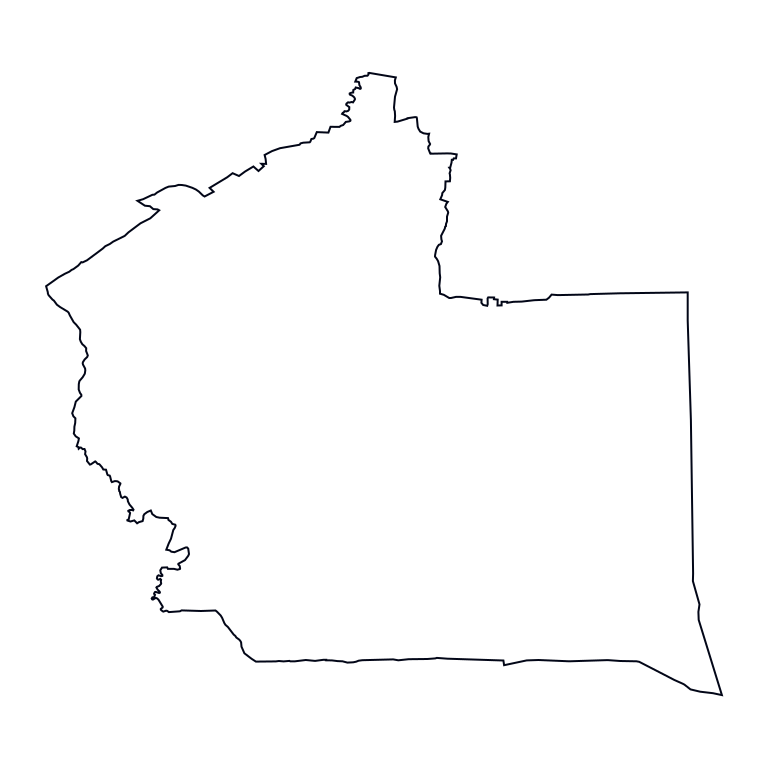 Orlesti, Vâlcea, Romania (Equal Earth projection)
{"feature_id": "2599482B88364464884635", "entity_name": "Orlesti", "entity_type": "district", "adm_level": 2, "iso_a3": "ROU", "parent_name": "Romania", "parent_adm1": "Vâlcea", "projection": "equal_earth", "projection_center": [24.217, 44.795], "detail": "fine", "context": "isolated", "style": "outline", "palette": "ink", "viewbox_px": 768, "rotation_deg": 0, "n_neighbors": 0, "source": "geoboundaries", "source_scale": "gbopen_adm2", "svg_char_len": 6014}
<svg xmlns="http://www.w3.org/2000/svg" viewBox="0 0 768 768"><path d="M721.9,695.1L698.7,619.9L698.4,611.9L699.5,604.4L692.9,581.1L693.1,573.5L690.9,420.2L687.7,320.5L687.7,292.4L619.5,293.3L590.3,294.1L588.2,294.5L557.9,295.1L551.6,294.6L549.0,297.7L546.4,299.7L534.2,300.2L521.7,301.6L513.5,301.8L507.3,302.8L507.2,301.8L501.6,301.8L501.6,305.4L497.5,305.5L497.7,299.6L493.9,299.2L494.1,297.5L488.2,297.4L487.6,298.4L487.7,304.2L487.2,305.8L483.2,305.0L481.4,302.8L481.6,299.7L460.7,296.9L455.9,296.9L451.0,298.0L449.2,298.0L443.8,294.8L440.0,293.7L440.0,291.0L439.3,285.8L440.2,277.3L439.7,273.3L439.5,266.0L438.1,261.2L436.8,258.9L435.0,256.6L435.1,255.1L436.1,249.9L437.5,246.7L438.9,244.8L440.9,244.1L442.0,241.3L441.4,239.4L441.1,235.8L444.8,228.6L445.2,226.6L445.9,226.2L446.0,224.0L447.0,221.3L447.0,216.6L448.2,212.7L447.9,211.4L445.2,207.0L446.4,203.7L447.8,201.9L440.3,199.3L442.1,195.1L442.3,193.1L444.9,190.0L445.3,187.6L445.5,181.4L449.9,181.3L450.2,177.9L449.9,174.4L449.6,173.3L450.6,170.3L450.3,169.2L449.3,167.7L450.2,167.6L451.5,162.7L451.8,159.8L453.0,159.9L453.7,158.4L456.0,158.4L456.7,154.4L451.0,153.5L447.3,153.4L430.6,153.7L430.5,153.2L430.1,153.2L428.2,148.4L428.4,146.5L429.9,144.6L430.1,144.0L428.6,141.1L428.3,137.0L429.1,133.7L427.5,133.9L423.5,133.3L420.2,131.6L418.5,128.8L417.7,126.6L416.9,118.2L416.6,117.3L415.2,117.1L407.5,118.2L407.5,118.6L397.6,121.6L394.7,121.9L395.1,115.9L394.8,111.2L394.3,109.8L394.0,107.5L395.0,96.7L397.1,89.2L396.6,86.8L395.0,83.4L394.9,80.3L395.8,77.4L369.2,72.9L368.4,73.1L368.5,74.5L367.5,75.7L364.6,75.8L362.3,76.8L360.1,77.0L356.7,78.1L355.3,81.6L357.8,81.7L359.0,82.2L359.4,85.1L360.7,87.3L360.8,88.4L360.5,88.8L359.8,88.8L358.5,88.1L355.7,87.5L355.2,88.9L353.3,90.0L353.2,92.5L351.4,92.7L349.7,93.4L349.6,93.9L349.9,94.6L352.4,95.7L354.2,97.3L354.9,98.6L354.9,99.5L353.0,102.4L351.7,102.0L349.3,102.6L348.1,102.3L346.7,103.4L346.2,104.2L346.3,104.9L349.3,107.1L349.2,109.5L348.2,110.8L346.6,111.4L344.5,111.2L343.9,112.2L342.7,112.9L342.1,113.9L346.6,115.9L348.0,116.9L350.3,119.7L350.5,120.2L350.3,120.9L349.2,121.4L345.8,121.9L343.2,125.0L340.6,125.9L339.5,126.9L330.5,126.8L328.4,132.6L316.8,132.1L314.3,138.0L313.5,138.6L311.4,139.0L310.3,141.7L309.7,142.3L303.2,142.7L300.5,143.4L299.8,144.5L299.3,144.8L280.0,148.2L272.0,151.1L264.6,155.0L265.6,158.9L266.1,163.9L261.4,163.8L263.8,166.2L258.5,171.0L253.4,166.5L245.1,171.5L239.0,176.0L232.6,173.2L227.3,177.2L209.6,187.9L213.6,191.8L204.6,196.5L202.8,195.4L198.9,191.6L195.9,189.5L192.3,187.8L185.8,185.6L181.8,185.0L178.5,184.9L175.1,186.0L168.7,186.6L165.5,187.9L157.1,192.5L154.5,194.6L152.4,194.8L143.1,199.2L137.5,200.8L144.9,205.7L149.9,206.2L153.3,209.1L157.6,209.4L159.2,210.3L150.3,218.3L140.5,223.3L128.5,232.3L124.7,235.9L113.2,241.6L109.8,244.0L105.3,246.2L102.7,248.6L87.0,260.3L82.6,262.4L81.3,262.1L78.2,265.6L73.4,269.1L71.6,269.9L69.3,271.7L64.8,273.8L58.3,277.5L46.1,286.2L47.8,292.2L47.9,293.6L48.6,295.2L52.5,299.6L53.9,300.6L56.9,304.7L60.3,307.2L67.6,311.6L68.6,312.6L69.9,315.5L73.7,322.2L76.2,324.7L80.1,329.7L80.3,332.1L79.9,339.2L80.8,341.7L82.3,344.2L84.5,346.1L86.2,348.2L86.1,351.0L87.8,355.4L87.2,357.0L84.6,359.5L82.9,362.2L82.7,363.3L83.0,364.6L85.1,368.5L85.3,370.4L84.8,373.7L82.7,377.2L79.7,380.7L79.3,381.5L78.8,384.1L78.7,389.5L80.0,392.9L81.3,394.7L81.4,396.0L75.8,401.6L74.4,407.2L72.2,413.2L73.4,416.3L75.4,418.3L75.2,423.0L74.4,426.7L74.3,430.5L73.8,433.6L75.7,436.3L78.9,438.4L78.4,441.1L76.7,446.3L78.4,447.1L78.7,448.7L80.1,447.5L81.2,447.7L82.6,449.1L84.5,449.0L85.5,451.4L85.1,454.2L86.9,457.2L87.2,458.5L87.0,461.0L89.9,464.6L90.9,464.3L95.2,461.4L95.7,461.7L97.5,463.8L99.3,464.2L99.9,464.8L102.1,467.4L103.3,469.5L106.0,469.7L107.4,474.6L107.8,475.1L109.7,475.6L110.1,476.4L111.3,481.2L111.9,482.1L114.8,481.1L116.7,481.2L117.7,481.4L120.4,483.4L120.4,483.8L119.1,486.5L118.8,489.0L119.2,490.1L119.1,490.9L119.9,491.9L120.2,493.9L121.2,497.1L122.5,497.9L124.9,496.6L126.6,497.5L127.7,499.4L127.9,501.3L129.5,504.5L132.2,507.7L133.5,509.7L133.1,510.4L132.0,510.0L129.8,510.0L128.3,510.8L128.4,511.4L129.6,512.1L130.1,513.0L128.7,519.3L127.3,520.1L127.4,520.5L130.5,521.5L134.3,520.4L137.1,523.3L139.0,522.1L142.6,521.1L143.3,518.6L143.4,515.9L144.3,514.2L147.3,512.0L150.8,510.5L152.3,514.1L156.3,517.0L159.6,517.7L168.0,518.1L168.5,520.0L170.9,521.7L172.3,523.9L175.3,524.7L175.6,525.8L174.7,528.0L173.3,530.0L171.0,538.7L168.7,543.5L166.3,549.7L169.6,550.3L171.3,551.7L174.5,552.2L185.6,547.5L187.0,547.4L188.2,548.6L189.0,554.0L188.3,555.7L185.0,560.1L178.4,563.7L178.3,564.4L179.7,566.0L180.1,568.4L179.9,569.0L177.4,569.7L174.1,568.9L167.9,568.9L167.2,567.4L162.0,567.6L160.3,570.3L160.8,573.1L162.4,575.1L162.3,575.9L161.1,576.2L158.5,575.3L157.3,576.3L156.9,578.3L157.4,579.2L158.0,579.7L158.6,579.7L160.2,578.9L161.1,579.7L160.8,581.8L161.2,583.3L160.9,584.1L159.1,586.0L156.8,586.9L156.4,587.5L157.6,589.6L159.7,591.7L159.9,592.6L159.1,593.0L155.7,591.9L154.9,592.1L154.1,593.5L154.1,593.9L155.0,594.8L154.3,596.6L153.9,597.3L152.5,597.3L151.7,598.5L152.1,599.3L152.9,599.6L155.8,597.9L157.1,598.4L158.5,599.7L162.7,606.6L162.6,607.5L160.8,608.9L160.8,609.6L161.2,610.1L162.7,611.3L163.3,611.6L166.1,610.7L167.2,610.9L168.9,612.1L179.9,611.3L181.6,610.4L200.9,611.0L215.5,610.5L217.0,611.7L220.7,615.5L222.1,617.8L224.3,623.0L225.4,624.8L227.9,627.0L233.7,634.6L235.3,635.9L236.3,637.5L239.2,639.6L240.3,640.9L241.1,642.3L241.5,646.7L244.4,653.3L251.6,658.8L255.9,661.6L275.8,661.4L278.9,661.0L283.6,661.4L289.5,660.9L290.2,661.3L295.1,661.3L305.8,660.0L315.1,660.9L323.4,659.8L326.1,659.8L326.0,660.3L331.9,660.4L337.6,661.1L342.5,661.3L347.4,662.6L353.2,662.3L356.1,661.7L358.6,660.7L362.4,660.2L393.2,659.4L398.3,660.3L408.7,659.2L427.3,659.0L435.3,658.4L436.8,657.9L447.5,658.7L503.4,660.5L504.1,665.2L526.7,660.4L538.5,660.0L569.2,661.3L607.7,660.1L620.3,661.0L636.5,661.3L639.2,661.8L674.4,680.0L682.7,683.7L684.4,684.6L690.5,689.4L700.2,691.7L713.0,693.2L721.9,695.1Z" fill="none" stroke="#020617" stroke-width="2"/></svg>